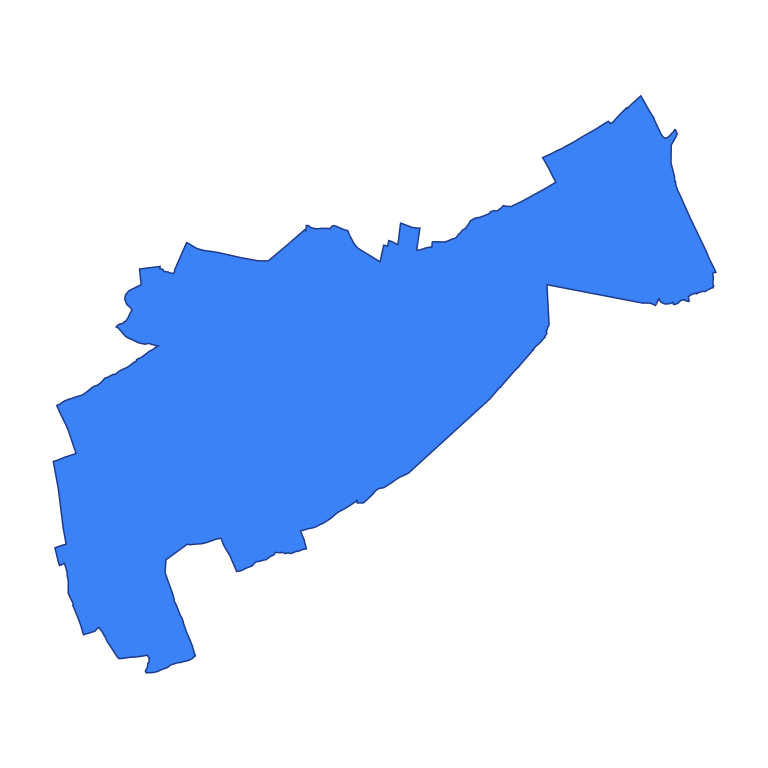 Solesti, Vaslui, Romania (orthographic projection), rotated 92°
{"feature_id": "2599482B14741458296938", "entity_name": "Solesti", "entity_type": "district", "adm_level": 2, "iso_a3": "ROU", "parent_name": "Romania", "parent_adm1": "Vaslui", "projection": "orthographic", "projection_center": [27.814, 46.772], "detail": "fine", "context": "isolated", "style": "filled", "palette": "blue", "viewbox_px": 768, "rotation_deg": 92, "n_neighbors": 0, "source": "geoboundaries", "source_scale": "gbopen_adm2", "svg_char_len": 6111}
<svg xmlns="http://www.w3.org/2000/svg" viewBox="0 0 768 768"><g transform="rotate(92 384 384)"><path d="M559.2,707.1L571.2,703.8L576.8,702.0L576.1,700.3L574.3,697.2L579.4,695.3L583.5,694.1L586.3,694.0L592.2,692.6L604.2,692.3L614.4,687.0L615.5,687.0L616.2,687.4L617.5,686.6L625.6,682.9L635.6,678.7L645.1,675.6L641.3,664.7L640.6,663.7L638.7,662.5L637.3,660.5L641.5,657.0L643.8,655.7L647.8,653.1L651.2,651.6L654.2,649.3L664.8,642.0L667.6,639.7L667.6,637.3L665.9,627.8L665.8,625.3L665.2,620.8L664.4,616.2L663.3,610.9L666.0,609.5L666.3,608.8L666.5,609.0L668.8,609.2L670.0,609.0L671.1,609.8L671.3,610.4L674.6,610.4L677.5,611.5L679.0,612.5L680.9,611.7L680.7,606.9L680.1,603.1L679.1,600.1L677.3,596.2L676.8,595.7L676.5,595.0L676.0,593.1L675.0,590.6L674.3,589.7L673.6,589.2L672.0,586.8L671.7,586.3L671.4,584.9L669.7,580.4L669.6,578.2L668.4,574.7L667.6,571.2L666.8,569.1L665.2,566.2L663.4,564.5L662.7,563.7L662.3,562.9L659.3,564.3L652.5,566.4L649.1,567.8L638.1,573.0L629.9,576.1L627.8,576.6L624.9,577.7L623.5,578.7L621.5,579.9L612.9,583.5L608.1,586.1L606.3,586.2L601.8,587.6L580.2,596.2L567.3,595.8L550.9,574.9L551.5,572.7L550.5,565.9L550.0,560.5L548.6,555.6L545.1,546.8L544.0,542.4L544.0,541.5L551.3,538.3L561.6,531.7L576.6,524.7L575.5,520.0L572.9,515.4L570.5,509.6L569.8,508.9L567.1,506.8L566.3,505.9L565.2,500.8L564.7,499.3L564.1,498.2L563.8,495.8L560.4,491.8L558.7,488.1L556.4,486.9L556.1,486.4L556.3,481.2L555.8,480.7L555.6,480.2L556.3,478.6L556.8,476.6L556.7,475.5L555.9,474.4L556.0,473.5L556.3,473.2L556.5,472.6L556.6,470.8L554.6,466.4L554.1,464.3L553.6,462.4L552.0,459.0L551.9,457.7L551.4,455.8L550.5,456.0L544.4,457.9L542.6,458.3L534.0,462.3L533.6,461.6L531.1,454.1L530.4,450.5L528.9,446.6L527.0,443.4L525.1,439.6L520.0,432.3L514.1,426.0L510.1,419.1L506.8,414.1L502.3,407.9L501.3,407.2L503.8,406.6L503.6,400.5L499.4,396.1L494.2,391.1L491.1,388.8L488.6,385.5L487.6,380.5L484.3,375.8L481.7,371.9L479.2,368.8L476.3,364.7L474.5,360.6L472.2,356.4L395.0,277.5L392.7,275.8L388.8,272.5L384.5,269.2L383.9,268.7L383.9,268.2L368.3,255.6L363.7,251.7L362.8,250.5L358.9,247.6L349.9,240.2L347.2,238.1L345.2,236.8L345.2,236.1L344.2,236.0L341.3,233.9L340.3,232.9L339.4,231.6L338.9,231.1L335.4,227.9L333.7,226.7L331.7,224.8L330.2,224.5L327.9,223.0L327.2,223.0L325.5,224.0L324.2,222.8L321.4,222.4L320.3,221.4L318.0,221.2L279.1,224.6L294.2,127.7L293.9,126.7L294.0,123.8L293.8,122.5L294.2,119.7L296.0,115.4L290.7,112.9L289.4,112.6L289.2,111.8L291.8,110.9L292.7,109.8L293.6,107.9L294.3,105.4L293.6,100.6L292.4,98.5L293.0,98.5L293.4,97.6L294.2,97.5L294.5,96.6L294.3,95.8L293.1,93.3L292.5,92.4L290.7,91.0L289.6,88.7L289.4,87.0L290.0,86.6L289.9,86.1L289.9,85.6L290.6,84.1L291.0,82.6L290.8,82.1L289.7,82.0L288.1,82.5L286.0,82.8L283.6,79.3L282.1,75.5L282.2,75.0L283.0,75.0L282.9,74.7L281.6,72.6L280.5,69.6L280.3,68.4L280.5,66.7L279.6,65.0L278.6,63.7L277.9,62.2L277.7,61.5L276.5,60.0L276.3,58.3L275.9,58.4L275.3,58.3L275.1,58.0L274.1,58.1L272.7,58.9L265.7,58.5L262.6,59.5L261.9,59.1L261.2,57.9L260.8,56.2L257.3,57.9L248.5,62.8L239.3,67.0L207.7,83.6L183.9,95.2L180.6,97.1L175.6,99.1L171.3,99.8L171.2,100.5L166.2,101.0L153.0,104.9L135.2,105.3L126.5,100.7L124.0,99.8L122.5,100.2L120.2,101.3L119.6,101.8L119.6,102.3L122.0,103.5L123.3,105.1L125.1,106.3L127.6,109.1L128.6,110.9L127.6,113.5L124.6,115.8L110.3,123.2L109.2,123.3L101.4,128.6L88.7,136.3L87.1,137.4L94.1,144.7L99.6,150.1L100.6,150.7L99.6,151.4L107.6,158.8L113.8,163.9L115.9,166.8L113.6,168.8L114.6,170.7L121.2,180.2L129.5,193.7L135.7,203.0L139.9,210.4L143.0,215.4L144.5,218.8L147.8,224.5L152.2,233.4L161.1,227.8L172.1,221.8L176.3,219.3L183.1,229.8L192.7,245.9L197.0,253.3L201.3,261.6L202.4,263.3L202.0,264.9L202.2,266.3L202.1,268.3L201.8,269.8L201.5,270.6L201.7,271.1L204.5,273.5L205.1,274.7L206.1,275.6L206.6,276.3L207.0,277.4L206.9,279.9L208.0,283.4L209.7,284.5L210.6,285.8L214.2,294.4L214.6,297.0L215.2,299.0L217.2,302.3L218.0,303.4L220.7,304.8L224.3,307.1L225.6,308.1L226.2,308.8L227.3,310.8L228.1,311.6L230.2,312.9L231.8,314.8L235.0,316.7L236.0,318.5L236.9,321.4L238.9,325.2L239.4,327.0L239.8,327.5L240.0,329.8L240.0,336.7L240.2,340.1L240.5,340.7L245.8,341.1L245.6,342.6L245.7,343.6L246.6,347.1L247.9,350.4L249.0,353.7L249.1,355.8L246.1,355.7L227.0,353.6L227.0,356.4L226.5,361.5L222.6,372.8L223.2,373.1L240.3,374.6L244.4,375.3L242.3,379.2L240.8,382.8L240.5,384.2L246.1,385.2L245.3,389.1L262.0,392.2L250.7,412.2L249.3,414.5L248.2,415.8L246.6,417.3L243.8,419.4L235.5,424.1L232.9,425.0L231.8,426.1L231.6,426.5L231.6,428.1L228.1,437.0L227.4,439.7L227.7,440.7L228.2,441.6L230.8,443.5L230.5,445.0L230.4,446.5L230.6,451.6L231.2,455.9L231.2,458.2L230.8,460.1L230.0,462.9L228.5,464.8L228.4,465.1L228.2,467.1L233.7,467.6L232.7,468.8L247.2,484.2L265.0,503.9L265.3,514.0L262.7,531.7L258.4,554.4L257.6,560.6L256.9,568.5L255.5,574.2L255.0,576.0L250.1,584.9L249.6,586.2L273.2,595.6L277.5,597.2L279.2,597.3L280.8,598.1L280.5,601.7L279.9,603.3L279.5,603.9L279.4,606.2L279.0,608.1L277.1,609.1L276.7,612.0L274.3,611.8L277.6,632.3L288.9,630.8L293.1,630.0L299.6,642.0L303.6,645.3L305.6,645.7L307.5,646.0L309.1,645.8L312.4,644.3L314.0,643.4L315.6,641.1L316.6,640.0L319.1,638.5L322.0,640.2L325.8,641.7L327.5,642.6L330.2,644.3L331.4,646.3L332.6,647.4L332.9,648.0L333.0,649.6L334.3,651.8L335.7,653.3L336.5,653.6L337.0,652.2L337.4,651.5L342.4,646.8L344.8,644.7L346.5,642.3L348.7,636.8L351.2,631.4L352.0,627.9L352.5,624.3L352.2,622.6L351.7,620.9L351.9,619.1L352.8,617.2L353.0,615.1L353.5,613.1L353.8,610.9L355.0,613.0L357.9,616.8L360.1,620.5L362.2,622.9L363.9,625.1L365.1,626.3L366.8,629.1L367.4,630.8L368.4,632.2L369.5,632.1L371.6,635.4L375.1,639.5L376.7,642.0L379.1,647.0L381.0,649.9L383.7,652.9L383.7,654.4L385.0,657.2L386.8,660.0L387.4,662.2L388.1,663.3L392.0,666.5L393.6,668.2L395.2,670.4L396.3,673.6L398.3,676.3L403.0,681.7L405.3,684.7L406.3,687.3L406.9,689.6L409.7,696.5L410.1,698.4L412.3,703.1L415.8,707.8L416.3,709.3L416.9,710.3L424.4,706.7L436.3,700.3L441.9,697.7L464.1,689.4L465.2,691.8L466.5,695.7L467.8,698.9L468.2,700.4L470.2,704.6L472.2,709.3L472.5,710.4L472.8,711.8L500.7,705.7L538.5,699.7L555.2,696.1L556.8,701.2L559.2,707.1Z" fill="#3b82f6" stroke="#1e3a8a" stroke-width="1.5"/></g></svg>